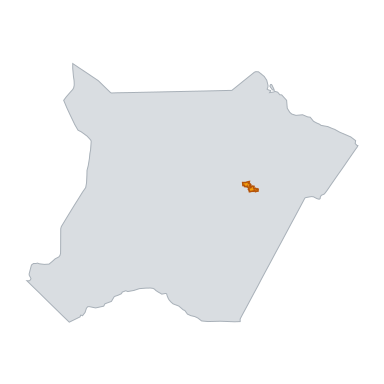 Kitui Central, Eastern, Kenya (highlighted), rotated 269°
{"feature_id": "3690345B15839480546324", "entity_name": "Kitui Central", "entity_type": "district", "adm_level": 2, "iso_a3": "KEN", "parent_name": "Kenya", "parent_adm1": "Eastern", "projection": "mercator", "projection_center": [38.003, -1.387], "detail": "fine", "context": "in_parent", "style": "filled", "palette": "amber", "viewbox_px": 384, "rotation_deg": 269, "n_neighbors": 0, "source": "geoboundaries", "source_scale": "gbopen_adm2", "svg_char_len": 5614}
<svg xmlns="http://www.w3.org/2000/svg" viewBox="0 0 384 384"><g transform="rotate(269 192 192)"><path d="M61.6,237.9L61.5,232.3L62.3,218.1L62.2,205.7L62.9,199.4L66.0,195.5L67.4,192.6L68.4,188.6L70.0,185.3L73.7,182.7L74.3,181.2L78.2,176.8L80.5,171.1L82.3,169.1L84.4,167.3L86.0,166.4L88.5,165.4L90.5,164.9L90.9,164.4L91.0,163.5L90.4,160.0L91.2,158.8L92.6,156.4L94.1,154.2L95.5,152.8L96.3,151.4L96.7,148.9L96.7,147.1L96.7,144.2L96.3,137.7L94.6,132.2L93.6,126.1L94.4,124.0L93.1,120.4L92.4,120.2L91.4,119.4L90.0,116.1L89.0,113.0L88.4,112.2L84.0,109.5L81.8,103.1L79.4,101.7L78.1,95.3L77.8,93.5L79.2,87.2L79.1,85.7L77.6,84.4L73.5,83.0L70.2,80.4L70.6,79.5L70.8,78.5L69.1,77.9L64.0,67.0L70.5,60.5L77.2,53.9L85.7,45.5L93.5,37.9L100.2,31.2L106.2,25.3L106.1,26.4L106.1,27.9L106.9,28.8L108.1,29.5L109.8,28.8L111.3,27.9L112.8,27.7L121.8,30.2L123.3,32.3L123.2,34.6L123.6,36.3L122.9,38.0L122.2,43.1L122.4,47.8L125.1,51.2L127.5,53.9L129.4,57.7L130.9,58.9L132.8,59.5L139.0,59.7L148.2,59.9L157.1,60.1L157.9,60.2L159.8,60.8L167.9,65.9L175.3,70.6L181.7,74.7L187.8,78.7L193.7,82.5L198.3,85.8L202.9,86.7L210.3,87.2L215.4,87.4L220.1,88.7L227.2,90.0L232.4,90.6L235.6,91.3L244.4,92.1L245.8,91.6L249.7,88.1L254.1,82.3L255.8,79.1L261.4,76.0L271.2,71.5L278.2,68.4L285.9,65.3L289.4,68.0L294.3,72.4L296.5,74.5L298.2,75.5L300.8,76.1L304.0,76.1L305.8,76.0L309.4,75.5L317.7,74.9L322.5,75.0L318.5,80.7L313.7,87.7L304.8,100.4L298.0,107.1L292.9,112.2L292.4,113.1L292.5,118.7L292.5,132.5L292.6,160.1L292.7,187.6L292.8,215.2L292.9,229.0L292.9,233.6L297.4,239.4L301.8,245.0L307.6,252.5L310.7,256.5L311.2,257.9L311.0,260.6L306.3,266.2L302.4,268.7L297.1,269.9L295.5,269.7L293.5,268.9L292.7,270.3L292.0,272.4L290.9,271.9L290.0,271.3L290.5,275.0L291.1,276.9L290.3,279.4L287.7,281.5L287.5,283.4L282.0,288.2L274.1,288.7L270.0,291.1L268.2,293.1L266.8,297.3L267.3,303.9L265.1,308.9L264.7,311.5L260.6,314.7L258.9,317.7L257.5,320.8L256.4,322.1L255.0,329.0L253.1,333.2L252.6,334.5L252.1,335.8L250.7,338.2L249.7,339.9L249.1,341.0L244.3,351.7L240.5,356.5L237.6,356.0L235.7,357.8L235.5,358.7L234.4,358.2L232.0,356.4L227.0,352.8L222.0,349.2L216.9,345.6L211.9,342.0L206.9,338.3L201.9,334.7L196.9,331.1L191.8,327.5L188.9,325.3L187.6,324.1L186.6,321.6L186.1,321.0L184.7,320.2L183.2,320.0L182.7,319.5L182.7,318.3L183.3,316.6L185.1,313.3L185.3,311.3L185.0,309.1L184.4,305.5L183.9,304.7L180.6,302.9L173.6,299.0L166.6,295.1L159.7,291.2L152.7,287.3L145.7,283.4L138.7,279.5L131.8,275.6L124.8,271.7L117.8,267.8L110.9,263.9L103.9,260.0L96.9,256.2L90.0,252.3L83.0,248.4L76.0,244.5L69.1,240.6L66.4,239.1L64.1,237.9L61.6,237.9ZM293.4,275.7L292.2,276.0L292.8,274.1L296.4,271.7L297.9,272.3L298.2,272.8L298.1,273.3L297.5,273.8L293.4,275.7Z" fill="#d9dde1" stroke="#a8b0b8" stroke-width="1"/><path d="M196.9,252.3L196.8,252.2L196.8,251.9L196.9,251.6L196.9,251.4L196.7,251.3L196.5,251.2L196.3,251.1L196.0,251.0L195.9,250.8L195.9,250.6L195.7,250.7L195.5,250.8L195.4,251.0L195.3,250.9L195.2,250.8L195.3,250.6L195.5,250.5L195.5,250.4L195.7,250.2L195.8,250.1L196.3,249.9L196.5,250.0L196.8,250.0L197.0,250.1L197.3,250.3L197.5,250.3L197.6,250.2L197.7,250.3L197.8,250.3L197.8,250.2L197.9,250.3L197.9,250.2L197.9,250.3L198.0,250.3L198.3,250.3L198.6,250.2L198.9,250.2L199.0,250.3L199.1,250.2L199.3,250.0L199.3,249.9L199.3,249.7L199.4,249.4L199.4,249.2L199.5,249.1L199.5,248.9L199.6,249.0L199.8,249.2L200.2,249.2L200.4,249.1L200.6,249.2L200.6,249.3L200.9,249.2L201.0,249.2L201.0,249.3L201.3,249.4L201.5,249.5L201.5,249.4L201.5,249.2L201.4,249.1L201.3,248.9L201.2,248.6L201.2,248.1L201.1,247.9L201.1,247.6L200.9,247.6L200.9,247.2L200.8,246.9L200.8,246.6L200.7,246.3L200.7,246.2L200.6,245.8L200.5,245.5L200.5,245.3L200.6,245.0L200.5,244.9L200.5,244.7L200.5,244.4L200.5,244.2L200.5,243.9L200.6,243.1L200.6,242.8L197.7,243.0L197.8,243.3L197.9,244.0L197.8,244.5L197.7,244.5L197.6,244.4L197.4,244.3L197.2,244.4L196.9,244.4L196.7,244.4L196.5,244.5L196.6,244.9L196.6,245.0L196.6,245.3L196.5,245.5L196.4,245.6L196.5,245.8L196.4,245.9L196.4,246.0L196.3,246.4L196.5,246.4L196.6,246.5L196.6,246.8L196.8,247.1L196.7,247.1L196.4,247.2L196.2,247.3L196.2,247.6L196.1,247.8L196.0,248.0L195.9,248.0L196.0,248.0L195.9,248.1L195.7,248.2L195.7,248.3L195.4,248.3L195.4,248.2L195.3,248.3L195.2,248.3L195.0,248.5L194.9,248.6L194.7,248.7L194.7,248.8L194.4,248.9L194.2,248.8L194.0,249.0L193.9,249.0L194.0,249.1L193.8,249.1L193.7,248.9L193.6,249.1L193.4,249.1L193.2,248.9L193.1,249.0L192.9,249.1L192.7,249.1L192.4,249.2L192.4,249.3L192.2,249.3L191.9,249.3L191.7,249.3L191.4,249.3L191.4,249.5L191.2,249.6L191.2,249.8L191.3,249.9L191.3,250.0L191.3,250.3L191.5,250.4L191.5,250.5L191.5,250.8L191.6,251.1L191.6,251.7L191.6,251.8L191.6,251.7L191.6,251.8L191.7,252.1L191.7,252.3L191.7,252.5L191.6,252.8L191.6,253.1L191.6,253.3L191.7,253.5L191.8,253.5L191.7,253.8L191.8,253.8L191.8,254.0L191.9,254.3L192.3,254.3L192.2,254.4L192.2,254.5L192.3,254.6L192.2,254.7L192.3,254.8L192.1,254.9L192.0,255.0L191.9,255.0L191.7,255.2L191.8,255.3L191.7,255.4L191.8,255.4L191.8,255.5L191.7,255.5L191.7,255.8L191.6,256.0L191.6,256.3L191.6,256.5L191.6,256.8L191.7,257.0L191.7,257.3L191.8,257.6L191.7,257.7L191.7,257.8L191.8,257.8L191.8,258.0L193.7,258.2L193.8,258.0L194.0,257.8L193.9,257.7L193.9,257.4L193.9,257.2L193.7,256.8L193.8,256.8L193.8,256.7L193.9,256.4L194.0,256.5L194.1,256.4L194.2,256.1L194.4,255.8L194.6,255.7L194.6,255.3L194.6,255.2L194.4,255.1L194.3,254.7L194.4,254.4L194.5,254.3L194.5,254.2L194.6,253.9L194.9,253.7L195.0,253.6L195.3,253.7L195.4,253.8L196.5,254.1L196.5,253.9L196.7,253.5L196.7,253.4L196.7,253.2L196.8,253.0L196.8,252.8L196.7,252.6L196.9,252.4L196.9,252.3Z" fill="#f59e0b" stroke="#b45309" stroke-width="1.5"/></g></svg>